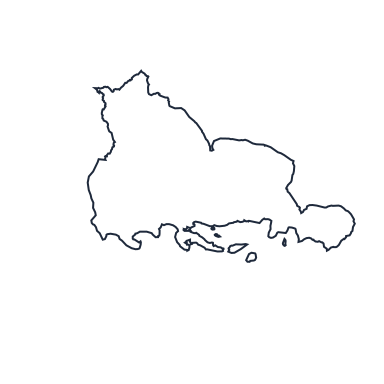 Central Malekula, Malampa, Vanuatu, rotated 135°
{"feature_id": "77236927B27410418950848", "entity_name": "Central Malekula", "entity_type": "district", "adm_level": 2, "iso_a3": "VUT", "parent_name": "Vanuatu", "parent_adm1": "Malampa", "projection": "robinson", "projection_center": [167.441, -16.165], "detail": "fine", "context": "isolated", "style": "outline", "palette": "slate", "viewbox_px": 384, "rotation_deg": 135, "n_neighbors": 0, "source": "geoboundaries", "source_scale": "gbopen_adm2", "svg_char_len": 6081}
<svg xmlns="http://www.w3.org/2000/svg" viewBox="0 0 384 384"><g transform="rotate(135 192 192)"><path d="M288.8,221.4L286.9,220.3L283.9,221.3L282.8,222.2L281.8,222.1L279.1,220.1L276.0,215.7L275.1,212.6L276.4,210.0L275.9,207.1L276.1,200.7L274.4,194.9L272.4,191.5L270.7,190.0L269.2,189.3L268.4,189.5L265.5,191.1L263.7,192.6L263.3,193.5L265.1,193.7L266.3,199.2L267.0,200.0L266.9,200.9L265.4,202.4L262.2,202.1L261.5,202.6L259.9,201.6L256.9,200.8L252.1,196.0L249.6,191.4L249.9,189.7L249.7,185.8L247.9,184.1L247.2,184.8L246.0,184.3L244.7,185.2L242.0,187.8L241.5,189.2L239.2,189.1L236.1,190.4L235.3,188.4L232.7,187.3L230.8,185.3L228.9,181.8L228.3,178.8L228.5,175.8L229.5,174.2L232.1,174.3L235.8,172.1L238.0,167.0L238.1,163.5L238.8,162.0L238.1,156.6L236.0,154.0L236.5,153.7L235.4,153.3L233.2,154.5L231.4,156.1L232.1,157.8L232.8,158.3L232.3,159.3L231.6,159.7L231.3,160.8L232.6,160.3L232.8,161.2L231.8,161.0L230.5,161.3L227.1,159.7L228.6,158.3L228.7,157.4L229.7,155.8L228.5,155.2L227.6,155.7L224.9,153.3L224.6,152.0L224.9,150.4L223.9,148.5L222.5,143.7L222.8,141.5L221.9,140.8L216.1,132.0L212.8,128.8L211.7,128.4L210.9,129.6L209.9,129.4L209.7,129.8L210.6,131.1L210.8,132.5L212.6,134.7L213.3,137.9L214.9,138.4L214.8,139.3L213.1,141.3L213.6,142.2L215.4,143.3L216.6,145.4L216.8,148.8L216.6,149.8L216.9,152.9L217.8,155.8L217.3,156.8L217.9,160.2L218.5,160.3L219.7,161.6L221.1,164.7L221.4,165.7L221.1,165.0L220.4,165.1L220.2,166.6L221.2,167.3L221.8,166.8L224.8,169.8L224.8,170.7L224.3,170.4L223.8,171.5L222.9,170.0L220.9,170.0L220.1,170.7L218.7,167.5L217.6,167.5L214.3,166.2L213.3,167.1L213.2,167.7L213.7,168.5L213.1,169.2L211.7,169.2L210.3,168.4L207.3,163.8L207.5,163.0L206.3,161.3L203.5,155.1L201.4,153.1L199.7,152.8L198.5,150.4L196.8,148.3L192.8,145.1L190.4,143.9L188.0,143.6L184.5,141.0L183.7,141.0L181.4,139.4L180.3,139.5L179.2,136.6L177.5,135.3L175.9,134.6L175.0,135.1L174.5,132.9L173.5,132.3L173.0,131.3L172.3,131.5L172.0,131.2L166.2,122.3L161.9,122.6L159.7,122.2L159.6,121.1L157.5,119.1L156.7,117.7L156.2,114.7L156.5,115.2L160.5,112.6L162.7,110.2L166.4,109.0L169.3,106.8L169.4,105.5L168.6,103.7L166.9,102.5L163.7,101.8L160.5,102.9L159.4,102.6L154.7,96.7L151.8,97.3L148.9,98.6L148.3,98.4L146.5,96.2L145.0,93.4L145.0,92.5L147.3,89.2L147.9,86.4L149.8,83.1L152.0,81.4L148.9,79.6L146.1,79.3L143.6,78.4L141.5,76.8L140.6,75.0L140.6,73.0L139.8,72.4L140.0,71.8L139.7,69.7L138.2,67.8L136.9,67.4L136.0,64.7L135.5,64.3L135.4,62.6L137.4,59.9L136.8,56.6L138.1,55.1L136.3,54.5L133.1,54.5L130.9,53.3L130.8,52.8L129.2,51.2L128.1,50.8L125.6,50.7L120.9,52.0L117.7,51.5L117.5,50.9L115.0,51.1L114.2,51.9L111.2,49.9L108.9,50.4L107.8,51.1L106.1,51.0L102.9,53.4L99.3,54.5L98.5,57.1L96.8,58.1L95.3,63.8L95.2,66.6L95.3,68.2L96.3,70.3L96.2,72.9L96.7,76.5L97.9,78.7L102.2,82.6L103.0,83.8L106.0,85.6L108.0,86.1L109.2,87.2L113.4,94.2L116.0,97.6L118.2,99.6L120.8,100.5L122.9,99.1L125.4,100.1L127.7,99.4L129.7,99.9L128.9,101.2L128.4,103.7L126.9,104.5L126.7,105.4L127.4,107.9L126.5,109.3L123.9,122.3L124.1,124.6L122.7,126.6L123.1,127.2L122.7,128.1L119.1,129.1L114.8,129.1L113.4,129.7L109.0,133.0L107.6,133.2L105.2,134.7L101.3,138.0L100.3,140.9L98.3,142.1L99.3,144.8L100.7,152.8L101.7,156.5L103.2,159.4L104.7,168.0L106.7,172.5L107.7,173.2L107.3,173.6L108.0,175.0L112.8,180.3L114.7,183.4L116.3,188.9L117.5,191.4L119.5,192.6L120.1,193.6L122.2,195.2L126.0,200.9L127.2,201.9L128.1,203.6L134.2,209.9L140.4,212.5L145.1,210.5L146.7,208.4L147.1,206.7L148.8,207.2L149.7,208.5L146.9,211.6L146.7,212.8L145.8,214.1L144.7,217.5L144.8,219.5L142.6,225.2L142.3,227.6L141.7,228.1L140.2,237.7L140.5,238.9L140.3,240.4L140.9,247.0L139.5,254.9L140.3,259.0L144.9,263.2L147.0,268.4L147.0,269.0L145.1,271.8L144.3,272.1L144.1,273.7L143.0,274.2L142.5,276.0L144.1,277.7L146.4,282.7L146.5,284.1L145.8,284.2L146.0,284.9L145.7,285.6L146.0,286.3L147.0,287.0L148.6,287.4L149.5,288.4L152.3,289.2L153.2,291.6L152.6,293.3L149.0,297.2L147.1,298.5L146.5,298.4L146.2,300.1L145.0,302.6L143.9,303.5L141.2,304.5L141.2,305.0L142.2,306.1L141.9,307.3L142.2,307.9L141.8,309.1L142.6,312.5L142.3,313.6L147.0,313.2L147.9,314.2L150.7,315.1L153.9,315.2L154.8,314.2L155.4,314.2L156.5,315.1L156.9,314.6L158.4,315.6L161.1,315.4L162.0,316.4L165.6,315.7L168.5,316.0L171.0,315.7L171.2,316.7L172.6,317.7L173.1,318.8L174.9,319.6L176.2,318.7L177.2,318.8L177.6,319.7L177.1,322.7L177.3,326.0L178.5,326.7L178.8,327.7L180.0,328.6L180.9,328.4L184.0,330.2L184.4,331.7L185.3,332.0L187.2,334.1L186.9,331.6L188.0,329.5L187.7,329.1L187.7,327.8L186.1,328.7L185.9,328.1L186.2,326.6L185.6,325.4L185.8,324.4L185.5,323.5L186.2,322.6L187.6,322.6L188.3,322.0L188.4,321.3L189.8,320.6L190.2,320.0L189.8,318.8L190.5,317.9L190.4,315.9L191.5,314.8L192.0,315.0L192.7,314.4L192.7,313.6L196.1,312.8L196.7,313.6L197.4,313.3L200.0,311.6L200.9,310.5L200.9,309.3L201.6,309.1L203.3,307.4L203.2,306.3L203.9,305.0L202.8,302.2L203.2,299.7L204.2,298.6L205.4,298.0L207.4,294.0L207.6,293.3L207.1,290.6L210.7,284.8L211.2,281.9L212.1,282.2L212.9,281.9L214.3,280.8L214.2,280.0L215.0,279.4L216.7,279.9L218.4,278.8L219.7,278.7L221.0,277.8L223.1,277.3L224.0,278.5L226.4,278.2L226.9,277.5L227.8,278.6L228.4,278.6L228.6,277.7L230.2,276.8L230.5,275.9L234.8,281.2L237.6,279.8L247.4,276.4L253.9,275.9L259.1,272.4L263.6,266.4L265.8,261.5L267.7,258.6L269.3,254.2L273.2,250.7L274.8,246.1L276.5,243.6L283.3,243.1L284.8,240.9L284.9,239.1L284.3,237.8L284.8,235.0L286.6,231.7L286.4,228.1L288.8,221.4ZM190.1,115.9L190.8,117.2L194.3,120.0L198.0,124.0L201.3,125.4L202.1,126.3L203.6,126.7L204.6,126.2L205.6,126.4L206.2,126.1L206.6,124.7L208.5,124.2L207.2,121.0L204.9,119.0L197.8,117.1L190.1,115.9ZM195.6,107.8L201.9,105.5L202.1,103.5L200.6,101.9L199.5,102.1L196.7,99.8L195.4,99.4L193.1,100.2L191.0,103.1L190.8,104.0L192.9,107.0L195.6,107.8ZM164.0,91.5L164.7,90.5L164.8,89.0L164.5,88.3L163.3,88.2L163.0,89.0L160.4,91.2L159.9,92.1L159.8,93.4L164.0,91.5ZM204.8,145.4L206.1,145.7L206.4,145.3L206.2,144.0L205.1,141.6L203.7,140.7L203.8,142.3L204.6,142.8L204.2,144.4L204.8,145.4ZM202.4,149.9L201.7,150.8L201.8,151.8L203.0,152.6L204.2,152.4L204.4,151.9L204.1,150.9L202.9,149.9L202.4,149.9Z" fill="none" stroke="#1e293b" stroke-width="2"/></g></svg>